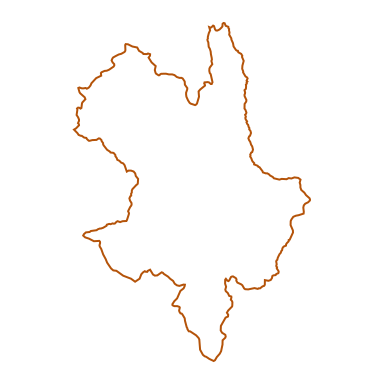 Uberaba, Minas Gerais, Brazil (orthographic projection)
{"feature_id": "56859067B69466182711417", "entity_name": "Uberaba", "entity_type": "district", "adm_level": 2, "iso_a3": "BRA", "parent_name": "Brazil", "parent_adm1": "Minas Gerais", "projection": "orthographic", "projection_center": [-47.989, -19.605], "detail": "fine", "context": "isolated", "style": "outline", "palette": "amber", "viewbox_px": 384, "rotation_deg": 0, "n_neighbors": 0, "source": "geoboundaries", "source_scale": "gbopen_adm2", "svg_char_len": 5913}
<svg xmlns="http://www.w3.org/2000/svg" viewBox="0 0 384 384"><path d="M188.8,331.3L190.2,331.4L196.1,335.3L198.6,338.0L199.3,339.5L200.1,349.7L202.9,354.8L204.7,356.3L206.2,356.8L209.3,358.9L213.6,361.0L215.0,360.2L216.8,357.1L219.7,353.8L221.1,351.2L222.5,344.6L222.6,340.3L225.3,337.7L225.7,336.5L225.3,334.8L222.0,332.7L220.7,330.4L220.9,325.9L225.6,317.6L228.0,316.5L228.2,314.8L226.9,312.7L228.2,310.5L232.1,306.5L232.3,305.3L232.4,302.1L231.7,300.6L230.8,299.7L231.4,297.6L231.3,296.5L229.2,295.9L227.8,293.0L225.8,291.2L225.3,289.6L226.1,286.8L225.1,283.6L225.2,279.7L225.9,278.8L227.4,280.7L228.5,281.1L229.5,280.0L230.9,277.1L232.0,276.5L233.0,276.4L235.8,278.1L236.5,279.3L236.3,280.7L237.4,282.6L241.1,284.3L242.3,285.2L244.2,288.5L245.2,289.2L248.2,289.4L254.5,288.1L257.8,288.9L258.7,288.3L260.1,288.3L262.5,286.4L264.2,285.8L264.8,284.7L264.9,280.1L268.4,280.8L270.7,280.0L272.0,278.0L272.3,276.1L273.3,275.4L275.6,275.1L276.3,274.0L278.3,273.2L278.7,271.9L278.3,270.7L276.8,268.5L277.1,267.2L276.4,266.6L276.3,265.4L276.7,264.3L276.2,261.5L276.5,260.5L277.3,259.8L277.8,257.7L279.5,254.2L280.7,252.9L281.4,250.9L282.1,250.2L282.4,248.4L283.0,247.3L284.0,246.4L286.0,245.6L286.1,244.3L286.8,243.2L288.6,241.4L288.7,240.0L289.7,239.7L293.0,232.5L292.9,230.4L290.6,225.1L290.7,221.1L291.4,219.5L293.3,216.8L295.9,215.7L298.6,215.2L303.6,213.6L303.8,211.8L303.3,207.6L303.8,205.4L305.2,203.7L308.1,202.3L309.9,200.5L310.0,199.4L309.5,198.2L306.0,195.1L304.4,192.7L301.3,190.0L300.4,187.5L300.4,185.0L299.7,182.7L300.5,179.6L298.2,177.9L294.4,177.4L291.4,178.5L288.7,178.1L286.6,179.2L281.7,178.9L279.4,179.6L273.9,178.3L272.8,177.0L269.9,175.4L269.3,174.6L268.3,173.9L267.1,173.3L265.9,173.4L262.9,172.4L262.5,171.2L259.5,167.2L258.3,166.8L257.7,165.8L254.1,164.4L254.2,163.1L252.6,161.5L252.0,160.3L251.3,158.3L250.2,156.6L250.5,155.7L250.2,154.7L251.2,152.6L252.2,152.1L253.0,149.6L252.2,146.4L251.1,144.7L250.2,141.8L249.1,140.2L248.4,138.3L249.1,136.4L250.0,135.8L251.0,133.0L250.5,131.0L249.2,129.3L249.4,128.1L248.6,126.9L248.1,124.8L247.3,124.1L246.5,122.3L247.1,121.4L245.7,119.4L245.3,117.9L245.9,116.8L245.1,114.8L246.1,113.7L246.4,112.5L245.4,109.8L244.5,108.6L244.6,104.0L246.2,101.6L246.4,100.0L244.6,96.1L244.5,94.8L245.0,93.6L245.1,92.4L244.5,90.2L245.9,88.8L246.1,86.0L245.9,84.6L246.8,83.6L246.6,82.4L247.4,81.6L246.6,80.7L247.6,78.4L247.0,77.4L245.5,76.4L243.1,72.4L243.2,71.4L242.2,68.8L242.4,65.7L243.7,60.9L242.0,56.9L242.3,55.8L241.2,53.9L238.3,52.3L237.9,50.8L236.7,50.6L235.9,49.9L233.6,46.5L233.0,43.2L231.4,39.6L231.3,38.3L229.2,34.7L229.5,32.5L229.0,30.3L229.1,29.0L228.5,28.2L228.3,26.8L225.7,25.8L224.6,23.2L223.5,23.0L222.6,23.8L222.4,26.5L221.3,27.8L219.5,29.5L217.5,30.5L216.1,30.5L215.1,29.5L214.0,26.1L213.1,25.6L211.5,27.2L210.6,27.7L209.2,27.1L210.1,30.3L208.8,33.2L207.8,37.1L207.9,38.5L207.4,39.5L207.6,40.8L208.3,42.3L208.7,46.8L209.9,48.9L210.7,51.7L210.9,54.1L211.7,57.9L211.9,59.6L211.4,61.0L212.3,64.2L209.9,67.4L209.4,68.7L209.3,70.9L209.8,73.1L210.7,74.2L212.5,82.2L211.7,84.0L210.8,84.0L209.0,82.4L207.7,82.1L204.5,82.4L204.2,83.6L204.8,84.4L205.0,85.6L200.2,89.5L198.6,91.4L199.0,96.7L197.0,103.5L196.2,104.5L195.1,105.1L190.6,103.6L189.6,102.8L188.0,100.3L186.4,96.7L186.1,94.5L186.1,92.7L187.2,89.5L187.3,88.1L184.9,84.7L184.7,81.5L182.7,78.5L181.6,77.9L179.5,77.9L176.8,77.0L174.5,75.1L172.2,74.4L168.9,74.4L165.9,73.7L161.2,73.8L160.2,74.3L159.5,75.2L158.6,75.3L156.1,73.7L155.5,72.7L154.8,70.0L155.7,66.1L151.6,62.4L148.6,57.6L150.0,55.7L150.1,54.2L148.0,53.5L146.9,54.1L143.4,54.0L142.7,53.0L139.0,50.8L137.2,47.5L132.4,46.5L128.0,44.3L125.7,44.1L125.2,45.0L125.4,50.0L125.2,51.0L124.5,52.0L121.3,53.8L118.7,54.5L115.6,56.1L113.1,57.5L112.4,58.5L111.6,60.4L112.6,62.4L114.2,64.1L114.3,65.4L113.6,66.6L109.1,69.7L106.8,70.7L104.6,70.9L101.5,72.3L100.9,73.1L101.2,75.7L96.2,78.1L91.4,83.3L90.5,85.5L88.9,87.5L87.8,88.2L86.8,88.7L85.7,88.0L83.1,88.4L81.7,88.3L79.4,87.5L78.3,88.0L79.5,92.2L80.2,93.3L84.7,97.3L85.4,99.2L82.4,102.4L82.0,103.3L81.4,108.0L80.5,108.6L79.4,107.8L78.1,107.6L77.0,108.5L77.4,109.6L76.6,115.0L78.1,117.3L79.0,119.5L79.0,120.9L78.0,123.2L78.9,124.2L79.0,125.3L76.1,128.3L74.0,129.6L77.5,133.2L78.6,134.9L80.8,135.8L81.7,135.8L84.2,137.6L86.3,137.9L86.9,139.0L88.7,140.7L89.6,140.8L92.3,140.1L96.5,139.9L98.7,138.4L99.8,138.5L101.4,140.0L101.7,141.2L103.1,143.1L103.1,144.2L103.6,145.3L107.1,149.8L109.9,151.6L110.5,152.5L113.1,152.8L114.0,153.3L115.4,155.1L115.4,156.2L116.7,158.0L117.3,159.8L119.4,160.8L121.1,162.6L123.2,163.4L124.6,165.2L126.8,171.6L128.5,170.6L129.7,170.6L131.0,170.6L133.6,171.5L135.2,173.4L135.8,176.0L138.1,178.9L137.8,183.4L137.4,184.3L136.5,184.8L132.4,189.2L131.8,190.6L131.8,192.5L131.1,193.7L131.2,195.6L130.3,196.3L129.4,198.3L130.0,200.6L131.5,203.0L131.6,204.4L131.3,205.5L130.1,207.1L128.1,211.2L129.0,213.2L128.8,214.3L127.0,219.9L126.4,221.0L122.6,221.2L120.1,222.1L117.6,221.2L116.5,221.8L114.9,223.5L113.8,223.7L112.6,223.4L110.6,224.2L109.2,223.9L106.8,224.7L106.5,225.8L103.1,227.8L101.0,228.5L99.9,228.5L97.8,229.3L96.6,230.2L90.9,231.0L89.6,232.0L85.9,232.4L83.9,234.2L83.2,235.6L85.2,237.4L88.9,238.6L93.9,241.2L99.3,240.9L100.0,241.8L100.1,243.0L99.5,245.2L99.8,246.6L101.2,248.9L103.2,254.5L105.7,259.1L107.1,262.6L111.1,268.5L113.3,270.4L116.4,270.8L123.2,275.7L131.0,278.7L135.1,281.7L139.6,278.7L141.3,274.3L143.0,272.4L144.8,271.2L145.9,271.8L147.3,271.8L147.7,270.9L150.1,269.7L153.0,274.5L154.8,275.6L157.3,275.4L161.7,272.3L162.9,272.8L163.8,273.9L168.0,276.6L170.2,278.8L173.1,280.9L174.7,283.7L176.9,285.3L179.3,285.9L183.5,284.6L184.9,284.7L184.6,286.3L183.6,288.4L180.4,290.9L177.1,298.4L174.3,301.2L172.4,304.2L172.5,305.2L173.3,305.7L174.3,306.1L177.2,306.1L179.4,306.9L179.8,307.7L179.1,310.5L179.4,311.7L180.5,313.4L181.7,313.6L182.4,314.4L184.7,318.3L185.0,320.8L186.7,327.2L187.3,328.2L187.5,329.3L188.8,331.3Z" fill="none" stroke="#b45309" stroke-width="2"/></svg>